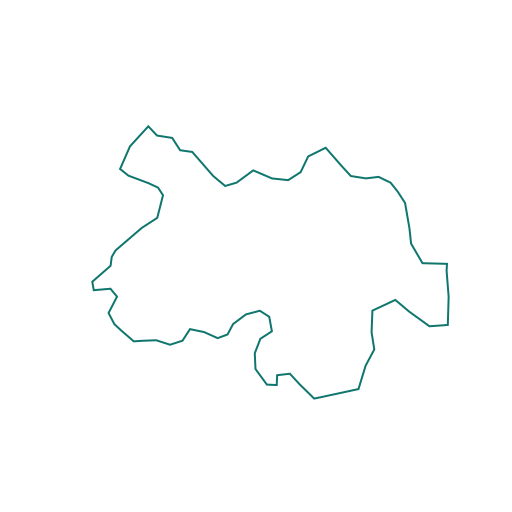 outline of Uiryeong-gun, South Gyeongsang, South Korea, rotated 57°
{"feature_id": "91817680B90592918780723", "entity_name": "Uiryeong-gun", "entity_type": "district", "adm_level": 2, "iso_a3": "KOR", "parent_name": "South Korea", "parent_adm1": "South Gyeongsang", "projection": "natural_earth1", "projection_center": [128.274, 35.379], "detail": "fine", "context": "isolated", "style": "outline", "palette": "teal", "viewbox_px": 512, "rotation_deg": 57, "n_neighbors": 0, "source": "geoboundaries", "source_scale": "gbopen_adm2", "svg_char_len": 1134}
<svg xmlns="http://www.w3.org/2000/svg" viewBox="0 0 512 512"><g transform="rotate(57 256 256)"><path d="M366.6,100.1L352.7,120.3L330.1,119.2L316.5,112.3L292.7,102.1L279.1,102.1L267.8,103.2L256.4,110.1L250.8,121.5L240.6,132.9L227.0,135.2L203.2,138.6L200.9,158.0L210.0,172.9L209.9,187.7L199.7,200.3L182.7,211.7L183.9,232.3L180.5,243.7L165.7,248.3L134.0,252.8L126.0,262.0L111.3,262.0L101.1,273.4L88.6,275.7L95.4,302.0L98.2,306.2L109.0,322.6L119.2,319.2L136.2,306.6L145.3,300.9L154.4,300.9L170.2,318.0L170.2,336.3L174.8,370.7L178.2,377.5L185.0,383.3L188.4,407.3L196.3,410.7L204.2,395.9L214.4,394.7L223.5,410.7L236.0,411.9L245.1,409.6L261.0,405.0L265.2,397.5L265.5,397.0L272.3,385.6L283.6,376.4L287.0,363.8L281.4,351.2L291.6,340.9L304.0,332.9L306.3,322.6L300.6,312.3L299.5,296.3L304.0,282.6L314.2,278.0L327.8,283.7L327.8,297.4L336.9,310.0L350.5,318.0L369.8,316.9L375.5,308.9L367.5,303.2L373.2,291.7L386.8,289.4L407.2,284.9L409.5,279.1L423.4,242.5L407.7,223.8L398.8,207.7L382.9,200.6L365.2,188.1L368.7,163.1L386.4,157.7L409.4,148.8L418.3,132.7L395.2,116.7L372.2,104.2L366.6,100.1Z" fill="none" stroke="#0f766e" stroke-width="2"/></g></svg>